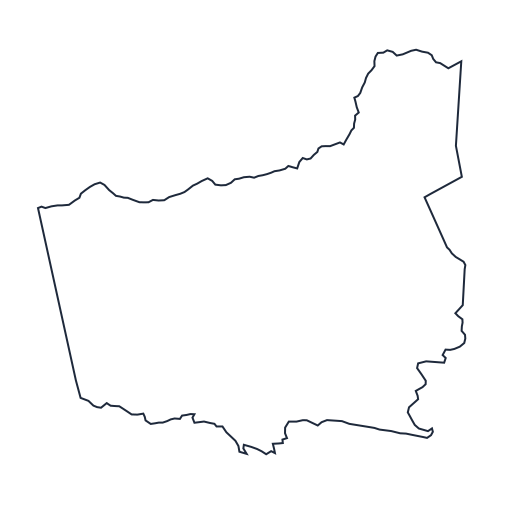 Iracema, Ceará, Brazil (Natural Earth projection), rotated 267°
{"feature_id": "56859067B18871619183331", "entity_name": "Iracema", "entity_type": "district", "adm_level": 2, "iso_a3": "BRA", "parent_name": "Brazil", "parent_adm1": "Ceará", "projection": "natural_earth1", "projection_center": [-38.338, -5.764], "detail": "fine", "context": "isolated", "style": "outline", "palette": "slate", "viewbox_px": 512, "rotation_deg": 267, "n_neighbors": 0, "source": "geoboundaries", "source_scale": "gbopen_adm2", "svg_char_len": 2934}
<svg xmlns="http://www.w3.org/2000/svg" viewBox="0 0 512 512"><g transform="rotate(267 256 256)"><path d="M123.5,73.4L120.1,81.1L115.1,85.8L113.4,89.4L112.6,93.3L116.9,99.2L114.1,103.0L113.5,107.6L113.1,111.6L107.9,118.7L104.3,123.5L103.8,129.3L104.5,135.2L101.2,136.5L97.6,137.1L93.8,142.1L94.2,146.3L94.7,150.1L94.5,154.1L95.8,158.7L97.3,162.3L98.0,166.2L97.3,171.5L100.5,173.8L100.9,178.4L101.6,182.3L101.2,186.2L97.9,184.1L92.7,185.8L93.4,195.4L91.6,201.5L90.6,205.7L87.8,207.7L87.5,213.6L81.5,217.2L76.6,221.9L72.5,225.8L67.2,228.5L61.4,229.2L58.9,236.3L64.5,233.3L68.1,234.0L65.6,241.3L63.2,247.0L60.7,251.4L57.5,255.8L60.3,260.9L58.2,264.6L62.3,264.0L67.6,263.0L67.6,269.0L67.8,273.0L71.3,272.8L72.5,277.4L77.5,275.7L83.1,276.1L88.9,280.1L88.5,287.7L89.6,294.2L89.3,298.1L83.5,308.8L86.6,312.8L88.4,318.3L87.3,327.5L86.6,333.2L83.5,340.4L79.0,361.3L78.1,365.3L76.2,370.3L74.1,381.9L71.4,390.7L70.8,396.5L69.2,402.6L66.5,413.3L65.4,417.3L67.9,421.4L71.2,423.4L74.6,422.7L72.1,418.6L75.2,409.6L79.0,405.7L84.4,403.0L88.0,401.3L91.9,399.4L96.9,400.9L104.5,410.4L107.9,410.1L112.9,408.5L114.6,411.9L116.3,415.4L119.1,418.7L122.5,419.0L129.3,415.0L135.6,411.0L140.3,412.3L141.9,420.4L139.6,438.3L144.2,440.1L147.3,437.2L152.6,440.4L152.1,445.0L152.8,449.2L154.8,454.8L158.2,459.4L162.6,460.7L166.4,460.6L170.5,457.4L175.0,457.9L178.6,458.8L182.0,458.8L185.3,454.8L188.4,452.1L196.1,459.9L231.9,463.7L236.0,464.6L239.4,463.0L241.9,459.4L244.6,455.4L248.4,451.7L252.1,449.6L254.6,447.2L261.9,444.4L292.4,432.6L305.8,427.4L308.9,433.6L324.3,465.7L355.6,461.4L439.7,471.2L433.4,457.9L436.3,453.8L439.0,450.0L440.0,445.9L443.5,443.3L447.3,442.0L450.0,438.4L451.4,432.5L453.6,426.7L452.8,421.7L451.5,418.1L449.7,413.1L448.8,407.0L452.7,403.2L454.5,397.8L452.4,393.8L452.4,388.3L448.9,385.8L444.4,384.4L439.4,384.3L435.5,381.1L432.3,377.6L428.1,375.2L423.6,373.7L418.9,370.9L413.3,368.6L410.4,366.1L409.0,362.5L405.0,363.4L399.3,364.4L393.9,366.1L391.0,362.3L387.1,362.2L383.1,360.9L378.9,360.5L376.4,357.8L372.8,355.8L367.5,352.3L362.8,349.4L365.0,345.8L363.3,340.4L361.8,335.7L362.1,331.5L362.1,327.3L360.1,324.0L356.7,322.7L354.0,319.1L350.5,315.6L349.8,311.8L351.4,307.8L347.6,304.2L341.3,301.7L342.7,297.3L344.2,293.0L341.6,289.8L340.2,283.9L339.7,278.9L338.4,275.5L337.2,271.3L336.3,266.9L335.8,262.6L334.3,258.2L335.5,253.8L335.3,248.0L334.1,243.2L333.7,238.8L330.4,234.8L328.4,229.6L328.4,224.7L329.4,219.1L333.3,216.2L336.1,211.8L333.7,205.7L331.3,201.0L329.6,196.7L325.9,191.5L323.6,187.9L322.1,183.6L321.0,178.7L319.4,172.4L316.5,167.3L316.5,161.7L317.4,156.0L315.3,151.5L315.4,147.6L315.8,142.4L318.6,135.8L320.8,131.0L321.2,127.1L322.5,123.3L323.4,119.3L326.0,116.7L329.5,112.8L334.9,108.4L337.5,104.2L336.1,98.6L333.7,93.8L330.6,88.9L327.4,84.4L323.4,82.7L320.9,78.0L316.9,71.9L316.7,65.2L316.9,60.3L316.3,54.3L314.9,48.2L316.5,44.4L315.3,40.8L141.3,69.6L123.5,73.4Z" fill="none" stroke="#1e293b" stroke-width="2"/></g></svg>